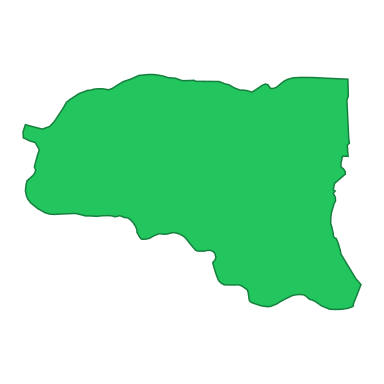 Al-Qardaha, Lattakia, Syria (Equal Earth projection)
{"feature_id": "27442178B45607569668873", "entity_name": "Al-Qardaha", "entity_type": "district", "adm_level": 2, "iso_a3": "SYR", "parent_name": "Syria", "parent_adm1": "Lattakia", "projection": "equal_earth", "projection_center": [36.094, 35.442], "detail": "fine", "context": "isolated", "style": "filled", "palette": "green", "viewbox_px": 384, "rotation_deg": 0, "n_neighbors": 0, "source": "geoboundaries", "source_scale": "gbopen_adm2", "svg_char_len": 3026}
<svg xmlns="http://www.w3.org/2000/svg" viewBox="0 0 384 384"><path d="M347.9,79.2L324.1,78.1L312.6,77.5L301.6,77.4L293.3,77.8L287.7,79.3L284.0,81.2L282.3,82.5L280.3,84.1L277.0,87.0L273.7,88.4L270.5,88.4L268.0,84.8L265.3,84.0L261.8,85.6L257.5,88.6L252.0,92.1L247.0,90.6L243.3,90.1L240.1,90.1L234.6,88.0L228.6,84.6L225.4,84.0L220.4,82.0L218.6,81.5L208.0,81.4L195.5,81.3L194.2,80.3L189.7,80.5L183.1,80.7L180.8,80.2L178.0,79.2L175.3,78.2L167.9,77.6L163.4,76.1L158.3,75.1L153.2,74.5L148.6,74.5L144.5,74.9L138.9,75.4L130.6,79.2L123.2,81.6L118.5,84.5L112.5,88.3L108.7,89.8L102.3,88.7L96.1,88.9L92.9,89.4L90.5,90.3L87.8,90.3L79.0,93.6L70.1,99.4L66.4,102.3L64.0,106.7L61.2,111.1L56.4,118.4L54.1,121.8L49.6,126.5L42.2,129.1L25.4,124.7L23.0,132.0L23.3,137.8L29.9,141.0L35.2,142.5L39.3,149.7L37.6,154.9L37.1,156.6L36.8,157.7L35.8,161.3L34.4,166.8L35.6,169.8L35.1,172.2L33.5,174.9L30.2,178.0L27.1,180.7L26.1,184.4L25.4,190.8L26.4,195.6L27.8,199.1L31.0,203.2L31.4,203.5L37.7,208.6L45.0,212.7L49.7,214.1L54.2,214.4L58.1,214.2L59.3,214.1L59.9,214.1L60.3,214.1L61.2,214.0L72.0,213.6L74.8,213.4L77.3,213.9L82.1,215.0L85.3,215.9L90.1,215.9L94.4,216.2L97.1,216.3L101.4,215.8L108.2,215.6L112.3,215.9L114.5,216.7L115.8,216.7L119.8,215.7L122.1,216.5L124.6,217.6L126.1,217.6L127.8,217.9L130.1,219.5L133.0,222.5L135.5,226.3L137.0,230.0L136.9,232.2L137.6,233.5L139.7,237.1L141.2,239.0L143.0,239.3L146.0,239.1L149.5,238.3L154.6,235.4L159.2,233.8L161.4,233.9L164.0,234.2L166.0,234.2L167.7,233.9L170.5,233.1L173.8,232.6L177.1,233.2L181.3,234.9L184.3,236.8L186.5,239.2L191.7,245.7L195.4,250.0L196.7,250.8L198.7,251.1L202.0,251.1L204.2,251.1L207.5,250.4L210.5,250.4L213.0,251.5L214.8,253.2L215.9,257.4L214.9,260.1L212.7,262.6L215.2,271.6L217.3,277.4L218.7,280.7L220.4,282.4L221.7,283.5L222.4,283.9L223.2,284.3L224.2,284.8L227.5,284.9L233.5,285.0L238.8,284.8L240.8,285.6L242.5,286.4L247.3,289.9L248.2,292.6L248.7,296.4L248.9,297.8L249.4,300.7L251.4,302.5L254.2,303.5L257.1,304.5L261.6,305.9L267.4,306.7L270.2,306.5L273.2,305.4L276.8,303.9L280.1,301.8L284.4,299.4L292.5,295.5L296.3,294.7L300.6,294.5L304.4,295.0L304.7,295.3L305.9,296.1L308.4,298.3L309.6,299.4L310.7,299.6L311.9,299.9L314.9,301.3L317.3,302.9L321.6,305.9L329.6,309.2L335.1,309.5L341.9,309.3L348.0,308.3L352.8,306.5L353.4,305.9L353.3,304.1L356.5,296.1L361.0,284.6L356.0,278.9L354.5,276.5L354.5,276.4L353.2,274.4L350.9,270.5L348.4,266.4L345.7,261.9L340.8,253.8L340.7,252.7L340.5,251.5L340.3,250.4L339.9,249.2L339.6,248.0L339.0,245.9L338.4,243.9L338.2,243.3L336.2,238.5L334.3,237.7L333.5,235.9L333.1,232.9L332.9,232.0L332.6,230.6L332.0,227.7L330.7,223.5L330.8,217.9L331.5,212.6L334.2,203.3L335.5,201.1L335.3,197.1L334.2,195.2L333.2,193.3L335.2,191.0L333.2,189.8L334.6,183.4L345.2,174.2L345.3,174.2L345.1,171.3L343.5,168.9L341.0,167.0L341.0,162.8L341.6,160.6L342.4,156.3L344.0,156.3L345.6,156.2L348.1,156.4L347.7,151.5L347.6,149.3L347.3,145.1L349.4,143.2L348.7,138.2L348.5,133.7L348.0,123.3L347.3,108.4L346.9,100.3L348.3,96.2L347.9,79.2Z" fill="#22c55e" stroke="#15803d" stroke-width="1.5"/></svg>